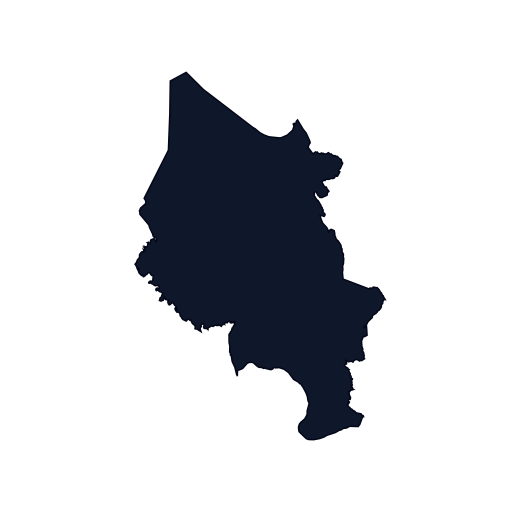 Mpulungu, Northern, Zambia, rotated 338°
{"feature_id": "96606910B10449137451116", "entity_name": "Mpulungu", "entity_type": "district", "adm_level": 2, "iso_a3": "ZMB", "parent_name": "Zambia", "parent_adm1": "Northern", "projection": "equal_earth", "projection_center": [30.995, -8.984], "detail": "fine", "context": "isolated", "style": "filled", "palette": "ink", "viewbox_px": 512, "rotation_deg": 338, "n_neighbors": 0, "source": "geoboundaries", "source_scale": "gbopen_adm2", "svg_char_len": 6143}
<svg xmlns="http://www.w3.org/2000/svg" viewBox="0 0 512 512"><g transform="rotate(338 256 256)"><path d="M295.5,445.4L295.6,444.2L294.5,443.1L294.3,441.7L290.2,439.0L289.3,436.7L288.4,436.0L287.3,433.7L286.4,433.2L286.3,431.8L284.9,429.6L285.6,428.6L285.1,427.7L286.2,427.5L286.7,426.6L287.5,427.0L287.9,426.4L287.6,425.8L287.0,425.6L287.3,424.5L288.9,423.8L289.6,424.2L290.6,422.8L290.5,419.3L291.0,418.5L291.1,416.5L292.3,416.8L293.6,415.5L294.2,416.1L296.5,416.3L295.8,415.3L296.2,413.9L295.2,412.3L295.6,411.6L296.2,412.1L297.0,411.7L297.0,410.1L297.6,409.2L297.3,408.5L297.7,408.4L297.4,407.2L297.9,406.6L298.9,406.8L299.4,406.0L298.6,404.9L299.1,402.9L298.5,401.7L299.3,400.5L298.9,397.2L299.3,396.4L299.8,396.3L299.1,395.1L299.1,394.3L298.1,393.2L297.1,391.0L297.3,389.7L299.4,390.0L300.1,388.8L299.8,386.4L300.2,386.1L302.1,388.7L305.0,389.3L306.2,390.7L306.8,390.0L309.6,389.3L311.2,390.1L312.7,392.2L313.4,391.9L314.9,392.6L318.2,391.9L317.9,390.6L318.9,389.1L319.6,385.8L319.2,383.7L320.2,382.4L320.3,379.5L322.0,374.3L325.1,371.1L326.7,371.4L329.3,371.1L332.1,362.7L329.4,362.9L329.7,362.2L332.8,361.0L335.3,358.8L340.6,356.7L341.5,355.2L342.6,354.6L345.5,354.2L347.5,353.3L348.1,352.5L349.5,352.5L351.7,351.4L353.0,350.4L353.9,348.4L355.7,347.4L356.4,345.9L357.7,344.6L358.2,344.4L359.5,344.9L359.0,342.2L359.0,340.4L358.5,339.8L358.4,337.2L357.7,335.9L357.6,333.5L356.5,330.8L353.1,328.8L351.5,329.3L349.6,328.4L349.2,329.1L348.5,328.9L328.1,310.0L330.0,303.6L331.4,301.3L332.6,297.7L334.2,295.9L336.5,291.0L336.5,289.7L337.7,287.2L337.4,283.9L338.4,282.0L338.2,280.5L338.8,277.7L337.9,273.0L337.0,271.2L336.6,269.3L336.9,268.2L336.7,265.8L337.3,265.4L338.0,261.8L335.8,259.5L334.7,259.4L332.3,260.7L332.5,258.4L332.2,255.9L330.1,250.3L330.2,245.1L330.6,242.5L332.3,243.3L333.9,244.8L335.0,244.2L335.7,243.2L334.6,240.1L335.5,238.7L335.2,236.6L335.5,236.0L334.9,234.3L335.2,233.5L334.3,227.8L333.4,226.4L332.6,221.5L333.5,220.2L333.5,218.8L334.9,218.7L335.8,219.3L336.2,223.2L336.9,224.3L337.1,225.5L338.9,226.5L344.6,226.3L346.0,224.0L347.8,223.4L347.8,222.5L347.1,221.1L347.0,218.4L346.0,217.9L345.3,216.5L345.0,213.5L344.5,212.2L347.4,211.0L348.2,211.9L349.8,211.1L352.2,212.2L354.9,212.3L356.2,213.0L358.1,213.0L359.5,211.4L360.5,211.6L360.5,212.2L361.5,212.5L365.3,209.4L364.5,208.0L365.4,207.0L366.8,206.6L371.2,202.3L370.8,201.0L371.1,198.7L370.8,197.8L370.0,197.3L368.7,194.0L367.7,193.7L366.9,192.6L365.6,192.8L365.7,191.9L364.9,191.7L363.9,189.5L363.3,189.7L361.8,187.3L359.3,187.7L357.2,186.7L356.9,186.1L356.0,186.5L355.6,185.1L353.1,185.0L352.1,183.9L351.8,182.6L351.0,182.6L350.3,181.8L348.5,182.1L348.0,182.9L346.9,182.2L345.0,174.9L346.8,172.6L348.6,171.4L348.9,169.4L348.6,161.0L347.1,155.6L345.5,145.4L343.9,146.2L342.4,148.2L341.6,148.3L341.2,147.3L339.9,147.6L340.1,148.4L339.6,150.2L337.1,153.1L330.4,155.6L323.6,155.8L322.2,155.4L312.6,150.3L308.7,146.7L305.7,143.0L302.8,137.6L301.3,135.7L269.6,82.0L260.0,59.6L242.1,61.6L229.6,91.3L214.4,125.1L173.9,160.6L174.4,163.1L173.7,165.9L167.0,168.3L164.8,170.5L164.7,172.0L164.0,173.8L168.3,187.1L168.0,189.6L168.4,196.9L168.1,199.2L168.5,200.2L170.1,202.0L170.2,203.1L168.8,205.1L167.9,201.7L164.8,201.6L163.6,202.7L163.5,203.7L162.9,204.2L161.7,204.0L161.5,203.0L160.2,202.9L160.6,203.7L160.4,204.3L158.2,207.0L157.0,206.6L157.2,206.2L156.2,205.4L156.4,206.5L155.5,206.1L155.9,206.8L155.4,208.2L155.0,208.7L154.2,207.8L154.3,209.2L153.9,208.9L153.4,209.8L151.4,209.4L148.6,211.0L147.4,213.7L144.6,215.2L142.6,217.3L140.8,218.3L141.7,223.0L142.6,223.4L142.8,224.1L142.1,225.1L141.2,223.9L141.4,226.5L141.2,227.9L142.6,231.2L143.6,231.1L143.7,232.9L144.0,233.1L145.2,233.0L146.8,232.0L147.7,232.3L149.7,231.0L151.1,231.7L151.9,234.8L153.3,235.9L151.0,240.2L150.4,240.5L148.5,239.6L146.7,240.2L146.4,240.8L146.9,241.3L148.1,240.9L148.4,242.1L149.6,243.1L150.9,245.3L151.8,246.0L153.4,246.1L155.0,248.3L154.1,249.9L152.6,248.7L151.4,248.8L150.5,249.6L150.6,250.8L152.2,250.7L153.2,252.9L154.9,254.2L155.4,256.3L154.2,256.9L154.3,257.4L153.6,257.6L153.0,258.6L151.4,258.9L149.8,261.1L151.0,262.2L153.4,262.3L155.6,260.1L155.9,262.4L158.5,264.5L157.0,265.5L156.8,267.8L157.1,268.6L157.7,269.0L160.9,267.9L161.7,268.7L162.1,271.2L163.0,272.7L162.8,275.1L163.1,276.0L162.6,276.4L161.9,275.5L161.7,274.0L161.2,274.3L161.0,275.6L161.5,278.3L163.1,279.1L163.7,279.9L163.7,282.0L163.3,283.0L163.9,284.4L164.0,286.2L164.5,287.5L166.8,290.1L167.4,290.1L168.6,289.1L170.0,289.4L170.5,290.7L171.5,290.7L171.7,294.4L172.4,296.2L173.3,296.9L173.0,299.5L172.3,300.2L172.3,300.9L173.6,301.3L176.7,305.6L176.9,302.9L177.5,301.4L178.9,301.1L179.1,299.8L179.8,298.8L181.8,299.4L182.1,298.9L182.4,299.9L180.9,302.2L180.8,303.6L181.9,304.3L182.7,304.2L183.9,306.2L184.5,304.8L188.8,304.1L189.7,305.2L192.6,304.8L193.6,305.8L196.4,306.6L197.4,308.2L198.8,307.3L199.7,307.3L200.1,306.6L200.8,306.8L201.2,307.4L201.3,306.4L202.7,306.6L202.9,306.1L203.1,306.6L203.8,306.8L204.6,306.4L204.7,306.8L205.2,306.2L206.2,306.6L206.7,306.1L206.9,306.6L207.2,306.2L207.6,306.6L207.9,307.4L207.5,307.8L208.0,307.9L207.6,308.5L208.4,309.0L208.9,308.6L209.7,309.1L209.9,308.4L210.9,308.4L211.0,309.1L211.5,309.1L211.5,309.8L211.2,309.7L210.7,310.6L211.1,310.9L210.8,311.8L209.3,312.1L207.5,313.9L206.9,313.9L205.1,316.4L204.0,316.7L203.2,318.0L202.7,317.8L201.6,318.6L198.6,326.2L198.0,329.7L195.6,335.2L195.9,336.5L195.2,338.3L195.8,338.8L194.4,344.9L194.7,351.3L193.7,358.1L193.7,360.4L195.7,355.9L196.6,354.9L197.8,355.4L201.5,355.3L207.6,352.2L209.6,352.1L212.2,352.9L213.7,354.2L215.3,357.7L216.9,360.2L219.8,361.7L220.8,363.0L221.5,362.9L227.2,367.0L229.1,367.0L230.9,366.0L232.1,367.0L235.7,368.2L239.6,371.5L242.5,376.2L244.6,384.4L248.2,389.0L248.6,390.6L249.6,391.4L250.5,395.7L251.1,401.5L251.0,405.5L250.0,409.6L250.1,412.5L245.4,418.8L244.3,421.5L243.3,422.8L240.0,425.4L235.5,426.9L233.4,428.0L231.6,430.1L230.8,431.9L230.1,435.0L234.2,444.2L236.1,445.9L240.6,447.9L246.6,449.1L251.3,449.3L254.6,448.8L263.4,449.4L267.9,448.8L270.0,449.1L272.4,448.5L275.5,449.4L279.1,449.0L286.8,452.4L289.1,451.1L294.5,445.1L295.5,445.4Z" fill="#0f172a" stroke="#020617" stroke-width="1.5"/></g></svg>